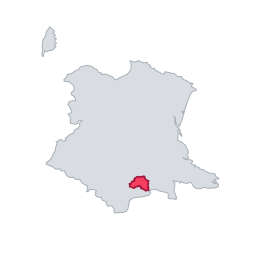 France, with Eure highlighted, rotated 190°
{"feature_id": "FRA-5290", "entity_name": "Eure", "entity_type": "Metropolitan department", "adm_level": 1, "iso_a3": "FRA", "parent_name": "France", "parent_adm1": "", "projection": "equal_earth", "projection_center": [0.916, 49.079], "detail": "fine", "context": "in_parent", "style": "filled", "palette": "rose", "viewbox_px": 256, "rotation_deg": 190, "n_neighbors": 0, "source": "natural_earth", "source_scale": "10m", "svg_char_len": 5475}
<svg xmlns="http://www.w3.org/2000/svg" viewBox="0 0 256 256"><g transform="rotate(190 128 128)"><path d="M196.3,102.0L194.7,102.8L193.7,104.4L192.7,104.8L190.8,104.8L189.8,103.8L187.6,104.4L186.7,105.4L188.1,106.7L183.7,111.9L180.9,113.3L180.4,116.7L177.1,119.2L175.9,121.9L175.8,122.4L176.7,123.3L176.4,125.1L174.7,126.2L174.7,127.3L175.2,127.5L177.8,126.6L178.8,125.5L178.2,124.1L180.8,122.4L185.6,122.8L186.2,125.1L185.7,127.1L189.3,131.3L186.4,133.3L186.2,134.6L189.4,138.9L191.4,140.7L190.5,143.6L187.3,145.4L185.2,145.3L184.3,145.8L184.4,146.6L186.0,149.3L189.5,151.0L190.1,153.0L189.2,153.7L187.7,156.7L188.4,158.2L188.2,158.8L188.5,159.8L189.5,160.8L194.5,163.4L198.9,162.9L199.5,164.4L196.9,168.4L197.2,170.1L195.8,170.2L195.6,170.8L192.9,172.1L188.6,176.1L186.5,177.3L185.8,179.3L184.6,180.5L178.3,182.8L177.1,182.3L174.0,182.3L172.0,180.9L168.3,179.9L167.0,177.8L163.5,177.4L163.3,176.0L158.5,177.3L151.6,175.4L149.2,173.3L147.2,173.8L145.5,175.7L138.2,180.6L135.3,185.7L136.0,191.6L137.7,194.6L133.2,194.1L130.5,195.0L129.8,196.2L123.4,194.8L121.1,196.0L120.4,195.9L119.6,194.7L116.5,193.2L116.9,192.3L116.5,191.4L113.6,190.7L112.6,191.5L111.4,189.8L103.2,187.1L101.9,187.1L101.3,189.8L96.1,189.8L95.3,189.3L91.9,189.8L88.3,187.3L84.2,187.8L81.8,185.2L79.4,185.0L76.0,183.7L74.5,183.0L74.3,182.3L73.3,183.4L72.0,183.2L71.7,182.8L72.6,181.4L72.7,179.7L68.5,178.5L67.4,177.3L67.4,176.7L69.7,176.1L71.8,173.8L73.8,165.5L75.3,155.8L76.4,153.9L77.7,153.4L76.7,152.1L75.4,153.9L76.2,145.0L77.8,138.3L81.3,141.0L82.1,142.2L83.1,146.2L85.1,147.9L83.8,146.2L82.6,141.0L81.8,139.5L76.3,135.1L76.1,134.1L78.5,134.6L77.6,131.3L77.1,124.5L73.7,123.8L68.4,120.9L64.7,115.7L64.3,113.7L65.3,111.7L64.5,110.4L62.9,109.5L64.2,107.7L65.3,107.5L69.2,108.6L66.0,106.9L60.9,107.5L58.8,106.9L58.5,105.7L59.9,104.1L58.2,103.1L55.3,103.3L54.9,102.9L55.8,101.8L55.1,101.4L52.7,101.8L51.3,101.5L50.1,100.2L46.2,99.9L45.4,99.2L40.1,97.7L34.5,98.0L33.0,95.4L29.7,94.2L30.4,93.4L33.8,92.6L34.5,91.9L32.0,90.9L31.2,89.9L35.7,89.6L33.7,88.5L29.3,88.6L28.8,87.1L29.4,85.5L32.0,84.2L38.4,82.6L43.0,82.6L46.3,80.8L49.6,80.3L52.6,81.2L56.7,85.6L60.1,83.7L65.0,83.7L66.0,84.8L67.4,82.8L68.4,84.0L74.5,83.6L73.1,82.8L72.0,81.0L71.8,74.1L68.8,69.2L68.1,67.4L68.3,65.9L71.9,66.2L74.9,65.5L76.3,66.0L76.6,69.1L77.8,71.0L86.1,71.5L90.9,72.5L94.9,70.7L98.7,69.9L99.0,69.5L96.8,69.7L94.8,68.9L94.6,68.1L95.6,65.6L101.3,62.9L109.7,60.6L111.9,59.1L114.3,56.3L113.8,55.6L114.1,48.1L115.3,45.6L118.5,43.9L126.6,42.1L127.6,44.5L127.6,45.8L129.7,47.9L130.8,48.5L134.3,47.4L136.1,49.4L136.6,51.6L140.9,52.5L142.2,55.4L143.0,54.7L145.6,54.9L146.9,55.1L148.7,56.4L148.2,58.1L148.9,59.0L148.2,60.6L148.8,61.2L153.7,61.2L155.2,60.5L155.8,58.9L157.3,58.0L157.8,58.3L157.0,61.2L157.7,62.0L158.1,64.2L159.9,64.3L163.6,66.0L166.7,68.9L170.5,68.4L173.5,70.0L176.6,69.2L179.5,70.0L180.5,70.9L183.4,74.9L185.4,74.1L186.9,74.5L187.5,75.7L193.0,75.0L194.0,76.1L195.2,76.6L202.3,78.1L202.4,79.6L198.6,83.9L197.0,90.0L195.9,92.2L195.5,93.8L195.9,94.8L195.8,96.5L195.1,100.6L195.6,101.7L196.3,102.0ZM225.7,187.7L225.4,190.4L226.5,192.3L227.2,200.1L225.3,203.9L225.1,208.5L222.7,213.9L218.4,211.5L217.1,210.1L218.2,208.1L215.7,206.9L216.2,204.9L215.9,203.9L214.3,203.8L214.1,203.3L215.3,201.7L215.3,200.7L213.6,199.5L213.3,198.5L214.8,197.3L214.0,196.2L213.2,195.9L215.1,192.4L216.5,191.3L219.7,190.3L220.9,189.0L223.1,189.7L223.4,189.4L223.9,183.8L224.6,183.7L225.3,184.5L225.7,187.7ZM76.6,131.7L76.0,133.3L73.9,130.6L73.7,129.1L76.6,131.7Z" fill="#d9dde1" stroke="#a8b0b8" stroke-width="1"/><path d="M97.0,70.2L98.6,69.9L99.2,69.6L99.5,69.4L99.7,69.2L99.8,69.2L100.1,69.3L100.3,69.5L100.8,70.0L101.0,70.1L101.3,70.1L101.6,70.0L102.0,70.6L102.6,70.7L103.9,70.4L104.0,70.5L104.7,71.0L105.2,71.3L105.4,71.4L105.4,71.8L104.6,71.7L104.8,72.2L105.2,72.4L105.7,72.6L106.0,72.8L106.3,73.1L106.5,73.2L106.8,73.2L107.1,73.1L107.0,72.8L107.1,72.6L107.3,72.5L108.2,72.2L108.3,72.2L108.5,71.9L108.8,71.7L109.1,71.6L110.0,71.7L110.8,70.5L111.2,70.0L111.7,69.8L113.7,70.1L115.5,70.8L116.1,70.6L116.1,71.1L116.5,72.3L116.9,73.0L117.0,73.3L116.9,73.4L116.7,73.4L116.4,73.1L116.2,73.0L115.9,73.1L115.7,73.3L115.8,73.4L115.8,73.7L115.4,74.3L114.8,76.2L114.3,76.4L112.6,76.8L112.4,76.9L112.4,77.0L112.6,77.2L112.6,77.4L112.6,77.5L112.5,77.9L112.7,78.0L112.8,78.0L113.0,78.0L113.0,78.3L113.1,78.7L112.6,78.9L112.5,79.0L112.6,79.5L112.5,79.8L112.4,80.0L112.0,80.2L111.8,80.3L111.5,80.5L111.3,80.7L111.3,80.9L111.2,81.0L111.1,81.3L110.8,81.5L110.5,81.6L109.9,81.9L109.7,81.8L109.4,81.8L108.9,81.8L108.7,81.8L108.5,81.7L108.2,81.5L108.0,81.4L107.9,81.4L107.9,81.5L107.9,81.8L107.7,81.9L107.3,81.9L107.2,81.9L107.0,82.0L106.9,82.0L106.7,82.3L106.5,82.5L106.3,82.5L106.2,82.5L104.8,82.8L104.6,82.9L104.4,83.0L104.0,83.4L103.6,83.2L103.4,83.1L103.2,82.9L102.9,82.7L102.9,82.4L103.0,82.3L103.1,82.2L103.2,81.9L103.1,81.6L102.9,81.4L102.3,81.2L102.1,81.1L101.9,81.0L101.3,80.3L101.2,80.1L101.2,79.9L101.0,79.7L100.8,79.7L100.5,79.9L100.4,79.9L99.3,79.6L99.0,79.7L98.8,79.7L98.7,79.6L98.4,79.4L98.4,79.2L98.6,78.6L98.7,78.4L98.8,78.3L98.8,78.2L98.8,77.7L98.8,77.3L98.7,77.2L98.3,76.9L98.2,76.9L98.1,76.7L98.1,76.4L98.5,76.4L98.6,76.2L98.6,75.9L98.6,75.6L98.7,75.4L98.5,74.9L98.4,74.7L98.2,74.3L98.0,74.1L97.9,73.9L97.7,73.8L97.6,73.7L97.6,73.4L97.8,73.3L97.9,73.2L98.1,73.1L98.1,72.9L97.8,72.8L97.6,72.7L97.4,72.7L97.2,72.3L97.2,72.1L97.2,71.8L97.2,71.6L97.1,71.4L97.2,70.9L97.0,70.2L97.0,70.2Z" fill="#f43f5e" stroke="#9f1239" stroke-width="1.5"/></g></svg>